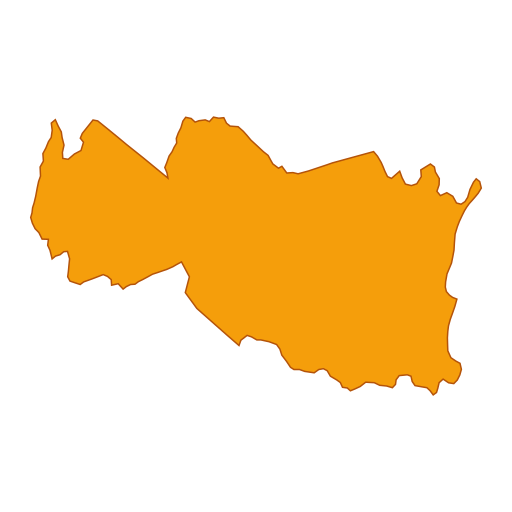 the district of Cabo de Santo Agostinho, Pernambuco, Brazil
{"feature_id": "56859067B83174667423697", "entity_name": "Cabo de Santo Agostinho", "entity_type": "district", "adm_level": 2, "iso_a3": "BRA", "parent_name": "Brazil", "parent_adm1": "Pernambuco", "projection": "natural_earth1", "projection_center": [-35.086, -8.276], "detail": "fine", "context": "isolated", "style": "filled", "palette": "amber", "viewbox_px": 512, "rotation_deg": 0, "n_neighbors": 0, "source": "geoboundaries", "source_scale": "gbopen_adm2", "svg_char_len": 2947}
<svg xmlns="http://www.w3.org/2000/svg" viewBox="0 0 512 512"><path d="M298.1,173.8L292.9,172.6L286.8,173.0L281.9,166.3L278.5,168.2L272.8,163.9L270.6,160.0L268.1,155.4L263.4,151.7L257.2,145.9L250.9,140.1L247.3,135.8L243.3,131.3L238.1,126.7L230.1,126.1L226.5,123.2L223.8,117.7L218.7,118.2L213.5,117.1L209.4,121.6L205.2,119.9L199.0,120.7L195.1,122.1L191.2,118.5L185.7,117.3L182.9,121.1L180.9,127.8L178.2,133.2L176.3,138.4L176.7,143.0L174.1,147.3L172.1,151.7L169.1,156.0L166.6,163.1L164.8,167.5L167.0,172.8L167.9,178.1L143.3,157.9L126.4,144.4L118.6,137.9L107.0,128.4L97.7,120.9L93.0,120.0L82.3,133.4L80.3,138.2L83.5,142.2L81.0,150.5L74.4,154.0L68.2,159.3L62.8,158.4L62.4,152.4L64.0,145.1L62.1,137.5L61.3,131.9L58.2,126.1L55.3,119.7L51.3,123.1L52.2,130.3L51.2,137.5L48.5,141.6L45.9,148.0L42.9,153.6L43.4,161.1L40.1,167.0L40.5,176.1L38.6,181.5L37.3,187.6L35.7,196.3L34.1,203.0L32.6,207.7L32.0,212.9L30.7,217.5L32.4,223.2L35.1,228.7L38.9,232.6L42.1,239.1L48.4,239.3L47.7,245.3L50.0,250.3L52.1,258.9L55.5,256.1L60.1,254.7L63.7,251.7L67.5,251.4L69.6,258.8L69.0,264.7L68.4,271.2L67.7,276.8L70.0,281.1L75.6,283.0L80.2,284.5L83.7,281.9L91.8,279.0L98.3,276.5L103.2,274.6L107.5,276.4L111.2,279.6L111.6,285.2L118.2,283.7L123.1,289.1L126.3,286.6L130.6,284.5L135.0,284.2L138.5,281.6L142.6,279.6L148.0,276.7L152.5,274.2L157.7,272.5L167.0,269.3L172.9,266.7L176.3,264.7L181.5,261.9L189.4,276.8L187.7,283.3L185.3,292.6L196.9,308.5L227.0,335.1L239.0,345.5L240.9,340.2L247.1,335.4L251.4,336.8L256.8,339.9L260.8,339.9L265.3,340.9L269.0,341.7L276.6,344.5L279.9,349.1L281.8,355.1L286.5,361.3L290.5,367.3L293.9,369.5L299.5,369.5L304.7,371.4L314.2,372.8L318.8,369.5L323.4,368.7L327.2,370.7L330.4,376.2L336.7,379.9L340.3,382.5L342.5,387.3L347.3,388.0L350.4,390.8L355.0,388.9L360.2,386.5L365.7,382.2L374.3,382.7L379.7,385.3L386.6,386.0L392.4,387.7L395.5,384.4L396.1,379.8L399.2,375.6L407.3,374.8L411.0,376.2L412.2,381.5L415.0,385.6L421.7,386.8L426.9,387.7L430.0,390.6L433.2,394.9L436.5,392.5L437.8,388.2L439.1,382.7L443.1,379.1L448.6,382.8L453.8,383.6L457.3,380.0L459.8,375.0L461.4,369.3L460.0,363.3L455.9,361.1L450.9,357.7L447.8,350.8L447.6,345.2L447.4,337.8L447.8,331.3L448.5,325.8L450.3,319.3L452.6,312.9L454.8,306.6L456.9,299.1L452.6,297.4L449.4,295.1L446.4,291.6L445.3,287.1L445.6,281.9L447.0,273.9L449.3,268.4L451.5,263.1L452.8,256.6L454.0,250.1L454.4,242.9L455.1,234.1L457.3,226.8L459.4,221.3L462.3,215.1L464.5,210.7L466.7,207.1L469.3,203.5L472.3,200.2L475.5,196.5L478.2,193.2L481.3,188.1L479.7,181.6L476.2,178.8L473.5,182.2L470.0,189.4L467.7,197.3L465.0,201.6L461.1,204.2L456.5,203.0L452.8,196.3L446.8,192.7L440.4,195.6L436.9,191.3L439.1,184.8L439.3,178.6L435.4,172.0L434.4,167.0L430.4,164.0L420.8,169.9L421.3,176.6L416.8,183.8L411.4,185.6L405.4,184.1L402.1,177.8L399.7,171.2L391.5,178.4L387.5,176.6L384.9,171.3L383.1,166.8L381.2,162.5L377.5,156.2L373.6,151.6L332.4,162.9L326.7,164.9L308.7,170.9L298.1,173.8Z" fill="#f59e0b" stroke="#b45309" stroke-width="1.5"/></svg>